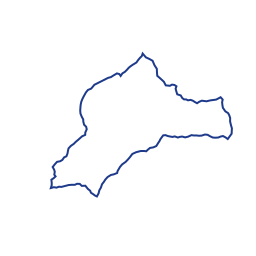 outline of Vera Cruz, São Paulo, Brazil, rotated 241°
{"feature_id": "56859067B10752098024653", "entity_name": "Vera Cruz", "entity_type": "district", "adm_level": 2, "iso_a3": "BRA", "parent_name": "Brazil", "parent_adm1": "São Paulo", "projection": "mercator", "projection_center": [-49.836, -22.226], "detail": "fine", "context": "isolated", "style": "outline", "palette": "blue", "viewbox_px": 256, "rotation_deg": 241, "n_neighbors": 0, "source": "geoboundaries", "source_scale": "gbopen_adm2", "svg_char_len": 2234}
<svg xmlns="http://www.w3.org/2000/svg" viewBox="0 0 256 256"><g transform="rotate(241 128 128)"><path d="M112.9,31.4L112.2,34.4L110.5,36.6L110.1,39.2L108.8,41.1L108.0,44.1L106.9,48.4L105.5,51.5L104.1,53.9L103.9,56.4L102.5,58.7L99.8,59.5L98.2,62.7L94.1,63.4L91.5,64.5L89.4,64.2L86.9,65.5L84.9,66.4L83.2,67.6L85.2,70.7L87.4,72.7L89.0,75.4L91.4,78.0L92.6,80.8L93.9,83.2L95.0,86.4L95.2,90.3L94.4,92.9L93.9,96.7L95.4,98.0L96.5,99.9L97.8,102.1L99.0,105.2L99.5,109.5L100.5,112.7L101.5,115.4L103.2,119.2L102.9,123.3L101.7,128.0L100.1,130.9L98.8,132.7L99.4,134.8L99.9,137.6L98.8,140.7L98.5,144.0L100.3,147.2L101.2,149.0L102.5,150.9L103.6,153.2L104.5,155.2L103.6,157.3L101.7,158.9L100.3,160.5L98.6,162.6L98.0,164.8L95.5,167.0L95.1,169.1L94.2,171.3L92.1,173.4L91.3,176.3L91.0,180.0L89.6,181.9L88.4,184.1L86.9,186.2L85.7,188.5L85.0,192.1L83.4,194.4L81.1,195.7L78.6,197.5L77.1,199.8L75.9,202.4L75.6,205.0L74.9,207.2L72.4,208.8L70.0,209.9L71.4,212.9L72.8,215.9L75.1,217.3L77.3,218.7L80.8,219.5L84.3,220.5L87.2,222.2L89.9,222.7L92.4,222.8L95.4,221.2L99.7,220.8L102.6,221.8L104.9,222.8L107.0,224.6L110.0,223.9L110.1,218.9L111.1,216.3L112.2,213.5L113.3,209.6L116.1,205.8L116.4,203.1L116.2,200.4L118.6,198.9L120.4,198.0L122.3,196.3L123.1,193.9L124.8,192.7L125.8,190.9L127.9,190.0L130.9,189.9L133.6,187.4L136.9,188.1L139.3,188.7L141.0,190.6L143.2,189.4L144.6,187.5L144.6,185.1L147.0,181.7L151.1,181.8L156.2,180.1L159.5,178.9L162.6,180.3L165.8,181.9L170.1,181.6L174.9,182.1L178.1,180.1L181.1,177.9L186.0,176.9L184.2,174.9L183.6,172.7L182.6,170.0L181.2,167.1L181.0,162.6L180.7,159.8L180.3,157.7L179.5,155.6L178.6,152.4L178.5,149.6L177.1,146.8L179.3,146.6L181.1,144.8L181.0,140.7L180.8,137.7L181.5,135.0L182.1,119.5L181.0,116.8L180.3,114.8L180.7,111.4L179.5,108.4L177.0,104.4L175.5,102.2L173.7,100.0L171.7,98.2L169.3,96.5L166.3,94.6L163.6,93.4L160.1,93.0L157.3,93.0L155.2,92.0L152.2,91.2L149.4,92.0L146.9,91.3L144.8,88.5L142.7,87.2L143.0,83.9L141.9,79.1L141.2,75.5L140.4,72.8L140.1,69.5L139.0,66.1L136.9,64.2L135.0,62.7L133.1,60.4L133.3,57.9L131.9,55.1L131.8,52.6L132.8,49.5L131.7,46.3L130.4,43.2L127.3,43.2L125.2,42.7L122.9,40.9L120.8,41.2L120.2,38.9L119.9,35.9L117.0,34.7L114.9,33.5L112.9,31.4Z" fill="none" stroke="#1e3a8a" stroke-width="2"/></g></svg>